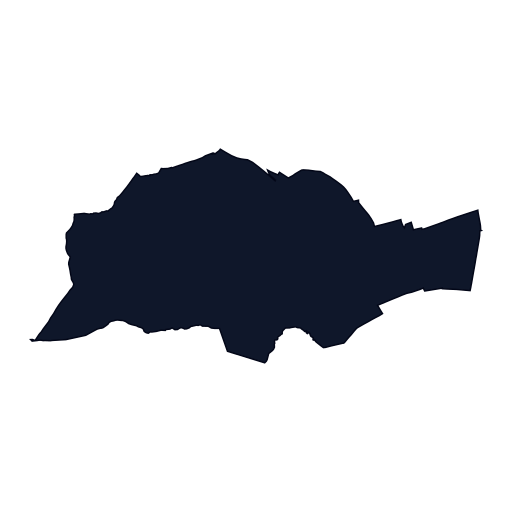 Sarata, Bacau, Romania
{"feature_id": "2599482B72000183415185", "entity_name": "Sarata", "entity_type": "district", "adm_level": 2, "iso_a3": "ROU", "parent_name": "Romania", "parent_adm1": "Bacau", "projection": "natural_earth1", "projection_center": [26.869, 46.503], "detail": "fine", "context": "isolated", "style": "filled", "palette": "ink", "viewbox_px": 512, "rotation_deg": 0, "n_neighbors": 0, "source": "geoboundaries", "source_scale": "gbopen_adm2", "svg_char_len": 5748}
<svg xmlns="http://www.w3.org/2000/svg" viewBox="0 0 512 512"><path d="M481.3,230.5L480.7,230.1L480.5,226.6L480.4,225.4L480.0,222.9L479.4,219.8L478.1,212.7L477.8,210.2L476.0,210.8L471.9,212.1L465.5,214.2L461.0,215.7L457.6,216.8L452.4,218.7L448.6,220.0L444.4,221.7L442.3,222.5L440.2,223.2L439.6,223.5L424.3,228.9L422.0,229.3L421.6,228.0L415.5,229.3L413.4,229.8L411.2,222.3L405.6,224.5L404.4,227.8L403.0,226.1L402.6,225.1L402.1,224.0L401.3,221.9L400.8,219.6L399.8,219.9L398.7,220.2L397.5,220.5L396.7,220.7L393.0,221.8L390.7,222.4L382.7,224.5L374.5,226.5L374.1,225.2L373.5,222.9L371.1,218.7L369.6,216.5L368.9,215.4L368.2,214.5L366.5,212.4L365.7,211.5L362.8,208.0L358.6,202.7L358.5,200.2L353.4,201.4L351.1,197.3L347.8,192.4L345.8,189.6L343.6,187.1L341.1,184.9L336.3,181.3L332.4,178.6L330.1,176.9L324.9,174.1L323.3,173.0L320.3,171.5L315.9,171.2L308.4,170.2L305.1,170.0L303.2,169.9L301.7,170.1L300.8,170.6L300.4,170.8L295.3,173.8L293.0,175.5L288.3,178.0L280.7,173.1L279.5,172.3L278.9,173.2L278.5,174.1L278.1,174.9L274.6,173.5L270.1,171.5L267.6,170.1L268.1,171.4L268.9,173.2L269.4,174.5L270.4,175.7L272.0,177.1L274.0,178.6L274.9,179.6L275.5,180.0L275.1,180.8L271.8,177.9L263.8,171.2L261.2,169.1L258.6,167.0L252.6,162.4L250.5,161.3L250.3,161.2L247.6,159.8L244.0,159.4L240.7,158.9L236.7,157.9L231.5,155.7L228.3,153.9L224.8,151.9L220.3,149.2L219.9,149.8L218.7,151.1L216.6,152.6L214.9,154.1L214.3,153.9L214.2,153.4L213.9,153.2L213.6,153.3L213.1,153.9L212.6,154.2L212.3,154.1L212.8,153.5L213.5,152.8L205.4,155.8L202.4,157.7L199.0,159.0L196.5,160.0L194.1,160.8L192.2,161.2L189.8,161.9L187.1,162.8L185.4,163.3L183.6,164.0L182.9,164.3L179.7,165.3L179.4,165.4L177.7,166.0L176.7,166.3L172.2,167.9L171.6,167.5L167.9,168.5L163.0,168.7L161.3,168.5L159.1,172.3L158.6,173.1L156.1,174.0L154.1,174.2L152.2,174.8L150.0,174.8L149.9,175.6L147.6,175.5L146.5,175.7L145.4,175.8L142.8,176.3L141.7,176.4L141.2,176.5L139.8,176.2L139.1,175.2L138.9,175.0L138.7,174.9L138.2,174.5L136.7,173.3L135.5,175.1L135.0,175.8L134.2,177.0L132.9,178.6L131.4,180.8L130.8,181.7L130.4,182.2L129.7,183.1L129.4,183.6L128.2,185.2L127.1,186.7L126.8,187.1L123.8,190.8L123.3,191.5L122.4,192.6L120.9,194.4L119.6,195.9L117.4,197.5L116.5,199.7L115.8,200.5L115.0,201.3L114.5,202.6L114.3,204.3L113.3,206.3L112.6,207.2L112.0,208.1L110.9,208.7L108.7,210.4L108.4,211.0L106.4,210.9L103.7,211.9L101.8,211.9L100.5,212.9L98.5,213.5L96.0,213.0L93.5,213.2L93.0,213.9L90.4,213.8L89.7,214.2L86.5,213.8L84.2,213.4L79.4,213.9L74.5,214.3L74.3,214.9L74.7,216.1L74.1,217.0L74.2,218.1L74.2,219.7L74.0,221.4L73.1,223.5L72.6,225.4L71.4,227.4L69.9,229.5L66.5,233.0L66.2,234.5L66.2,235.6L66.2,236.9L66.2,238.1L66.6,239.6L66.7,241.5L66.5,244.0L66.0,246.7L66.0,248.4L66.4,250.3L67.5,253.2L68.2,254.4L70.3,256.9L69.5,259.9L68.8,262.3L68.7,264.2L69.5,267.7L70.1,270.7L70.6,274.0L71.3,277.5L71.4,279.1L71.9,280.2L73.4,282.8L73.8,284.5L72.7,287.3L70.1,290.1L67.8,293.5L64.9,297.1L61.6,301.3L58.8,305.1L56.1,309.3L53.6,313.7L50.6,318.0L48.7,321.7L46.2,325.0L43.4,328.7L41.1,332.2L39.8,333.5L39.6,333.8L38.9,334.7L37.2,337.3L36.3,338.7L35.5,339.9L35.2,340.4L34.1,340.1L32.4,339.5L32.1,339.5L30.7,339.6L31.1,340.0L32.1,341.1L37.4,340.5L38.3,340.3L39.2,340.2L41.1,340.2L43.2,340.6L45.0,340.5L50.2,340.7L52.5,340.4L59.2,340.0L65.9,339.6L85.7,335.3L95.6,329.9L97.4,329.0L100.1,328.3L101.8,328.1L103.2,327.6L106.2,325.5L107.9,324.2L109.1,322.4L111.1,321.3L113.7,320.8L115.6,320.2L117.6,320.0L120.9,320.4L122.9,320.5L125.4,321.4L127.0,322.4L128.7,323.6L131.7,324.6L136.4,325.7L138.4,326.8L141.5,327.7L143.4,329.1L143.8,330.4L144.2,331.4L145.6,332.4L146.8,332.9L148.3,333.2L150.4,331.8L151.7,332.0L156.3,331.4L161.0,330.2L165.4,330.4L165.9,329.5L169.9,329.1L172.1,327.9L174.9,329.7L177.5,329.5L179.2,328.4L181.0,327.6L183.4,328.3L184.5,329.0L186.7,328.8L189.3,327.8L190.7,326.5L192.6,326.1L196.4,325.2L198.3,325.4L200.2,324.7L202.4,326.1L207.7,326.2L208.8,326.5L211.3,328.0L214.8,328.4L219.5,328.4L227.5,351.3L264.7,362.8L266.3,361.2L267.1,359.7L268.7,353.5L272.2,350.7L273.4,349.4L274.4,347.3L274.4,345.8L274.2,344.5L274.7,343.5L274.6,342.3L274.5,341.1L274.9,340.0L275.9,339.8L276.8,339.9L277.6,339.2L277.8,338.6L277.6,337.6L278.2,336.6L279.9,335.6L281.1,334.4L282.2,333.8L282.2,332.0L282.7,330.7L285.4,328.0L289.5,327.9L291.2,327.5L295.6,326.8L297.3,327.6L300.5,327.9L301.4,328.8L303.8,330.5L304.2,330.9L304.5,331.4L305.3,331.3L305.7,330.9L306.0,330.7L306.1,330.9L306.3,331.2L306.7,331.2L306.9,331.2L306.9,331.3L306.9,331.5L306.6,331.6L306.3,331.8L306.1,332.1L306.2,332.4L306.5,332.3L306.8,332.7L306.8,333.0L306.9,333.3L307.3,333.6L307.6,333.6L307.9,333.3L307.9,333.0L308.0,332.7L308.3,332.4L308.6,332.6L308.9,332.5L309.0,332.4L309.2,332.7L309.5,333.1L309.7,333.3L309.9,333.9L310.1,334.5L310.4,335.3L310.6,335.9L311.0,336.3L311.4,336.7L312.4,337.2L312.8,337.4L312.8,337.5L312.9,337.8L313.3,337.9L313.4,338.4L313.2,338.8L313.0,339.4L313.2,340.0L313.8,340.1L314.1,339.9L314.5,339.8L314.5,340.1L314.7,340.3L315.2,340.5L315.3,340.6L315.4,340.9L315.5,341.4L315.9,341.7L317.2,342.8L321.1,345.9L323.4,347.6L325.4,347.4L331.1,345.9L336.7,344.6L341.1,343.6L342.7,343.2L343.4,343.2L343.9,343.0L344.9,342.0L346.6,339.9L348.8,337.3L351.1,334.8L354.1,331.1L356.5,328.4L357.7,327.5L364.0,323.9L368.8,321.3L371.9,319.5L375.4,317.6L379.3,315.6L382.5,313.6L380.4,310.2L378.7,307.3L377.5,305.3L385.9,301.8L392.6,299.0L398.1,296.8L402.0,295.1L406.8,293.3L411.7,292.2L419.4,289.6L423.3,288.1L424.7,291.0L442.3,288.1L442.3,288.7L447.1,289.0L456.5,289.4L470.1,290.6L470.8,287.2L471.1,285.3L471.5,283.4L473.2,273.6L474.2,268.1L475.1,263.0L475.8,258.6L476.4,255.6L476.8,252.9L477.6,248.3L478.3,244.2L479.3,238.3L479.6,236.0L479.7,234.8L479.7,234.0L479.7,233.5L479.8,232.1L479.8,230.9L480.5,230.7L481.3,230.5Z" fill="#0f172a" stroke="#020617" stroke-width="1.5"/></svg>